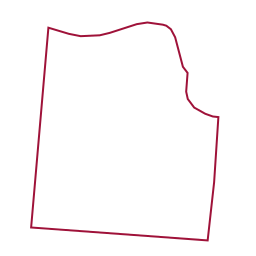 the district of Benzie, Michigan, United States of America, rotated 94°
{"feature_id": "52423323B60700785062974", "entity_name": "Benzie", "entity_type": "district", "adm_level": 2, "iso_a3": "USA", "parent_name": "United States of America", "parent_adm1": "Michigan", "projection": "orthographic", "projection_center": [-86.137, 44.646], "detail": "fine", "context": "isolated", "style": "outline", "palette": "rose", "viewbox_px": 256, "rotation_deg": 94, "n_neighbors": 0, "source": "geoboundaries", "source_scale": "gbopen_adm2", "svg_char_len": 412}
<svg xmlns="http://www.w3.org/2000/svg" viewBox="0 0 256 256"><g transform="rotate(94 128 128)"><path d="M110.8,38.6L110.6,44.2L108.4,52.0L103.0,63.4L94.9,70.4L87.7,72.5L68.9,72.4L63.1,77.5L34.2,87.3L26.5,92.1L23.3,96.9L22.5,100.4L21.4,116.0L23.8,126.5L34.4,152.9L37.5,162.7L39.7,181.6L38.2,193.5L33.5,214.4L234.0,217.7L234.6,40.7L176.1,38.3L110.8,38.6Z" fill="none" stroke="#9f1239" stroke-width="2"/></g></svg>